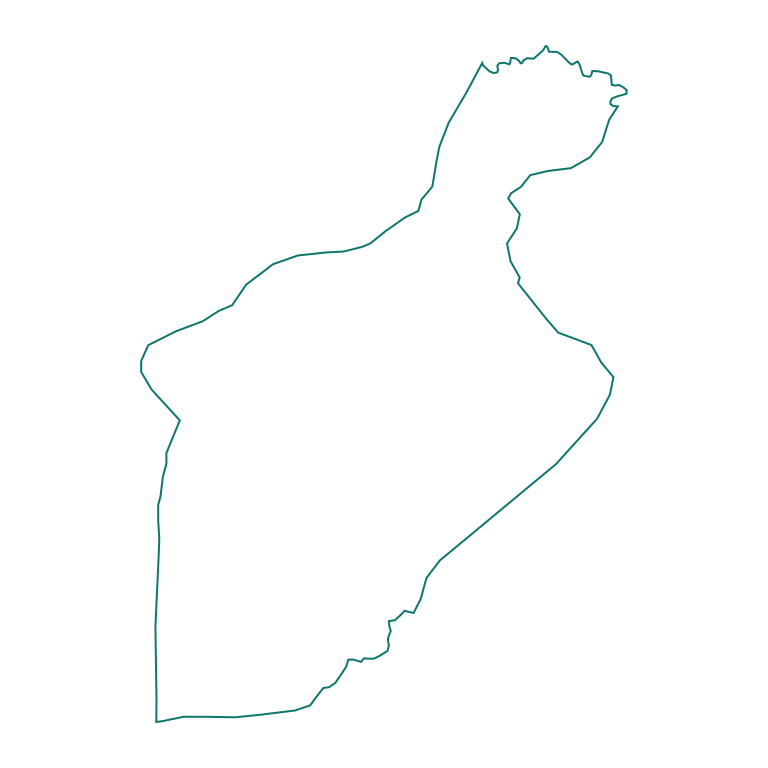 Gbao, Grand Gedeh, Liberia (Albers equal-area conic projection)
{"feature_id": "62588387B49218131763508", "entity_name": "Gbao", "entity_type": "district", "adm_level": 2, "iso_a3": "LBR", "parent_name": "Liberia", "parent_adm1": "Grand Gedeh", "projection": "albers", "projection_center": [-8.462, 6.068], "detail": "fine", "context": "isolated", "style": "outline", "palette": "teal", "viewbox_px": 768, "rotation_deg": 0, "n_neighbors": 0, "source": "geoboundaries", "source_scale": "gbopen_adm2", "svg_char_len": 2341}
<svg xmlns="http://www.w3.org/2000/svg" viewBox="0 0 768 768"><path d="M371.5,242.5L370.5,243.3L362.3,246.8L343.7,251.5L324.0,252.6L319.3,253.2L297.8,255.5L275.3,263.4L272.9,264.3L257.4,276.1L246.1,284.7L232.2,305.2L228.9,306.6L221.8,309.6L219.1,310.7L202.8,321.2L196.2,323.7L176.1,331.2L148.2,345.2L141.2,360.9L141.2,363.6L141.2,372.1L151.6,389.6L176.9,417.2L179.8,420.3L166.4,453.1L166.4,463.6L162.9,476.5L160.5,496.3L158.2,505.1L158.2,510.4L158.2,520.9L159.3,538.4L158.7,554.8L158.5,559.9L156.0,613.7L155.4,627.0L156.5,699.0L156.3,721.9L161.6,721.3L183.5,716.8L188.0,716.7L189.3,716.8L208.8,716.8L211.7,716.9L235.4,717.3L261.8,714.6L267.9,713.8L295.0,710.5L310.1,705.4L314.1,700.0L315.1,698.5L315.6,697.9L317.8,695.1L323.3,688.0L329.2,687.1L335.2,683.0L341.6,673.8L343.6,670.7L346.1,666.9L348.4,659.6L349.5,659.6L353.4,659.6L361.1,661.9L363.9,658.4L365.0,658.4L368.0,658.7L373.9,658.7L379.5,655.9L384.3,652.9L387.5,650.9L388.9,645.4L388.1,641.3L388.0,638.1L389.4,634.4L390.8,630.8L390.3,629.5L389.4,626.6L388.9,621.1L393.0,620.5L394.9,620.2L397.3,618.0L399.9,615.7L404.7,610.8L408.1,611.7L413.6,613.0L420.7,598.9L423.9,587.3L426.5,577.9L435.3,566.4L439.9,560.4L499.7,510.8L556.1,464.0L597.1,418.7L609.9,394.7L613.4,377.2L601.3,362.6L591.4,345.0L558.3,332.7L546.4,319.0L518.0,283.3L519.7,277.4L510.8,261.7L510.5,261.0L507.0,243.5L516.9,228.3L519.8,214.2L514.6,207.2L508.2,198.4L511.1,193.2L521.0,186.8L530.3,175.1L547.7,171.0L568.8,168.4L571.0,168.1L589.9,157.3L596.1,149.5L602.1,142.1L609.1,119.9L617.8,106.4L613.4,106.1L610.3,103.9L610.5,101.3L612.1,98.4L618.0,96.1L626.3,93.9L626.8,90.3L623.6,87.5L618.8,84.9L615.6,85.6L611.8,84.9L611.7,83.6L610.9,75.3L608.2,73.5L597.6,71.2L592.3,71.0L591.5,74.3L590.2,76.6L588.1,76.6L583.2,75.4L581.3,70.2L579.6,64.6L577.7,61.5L576.5,62.1L572.1,64.6L569.4,62.9L561.4,54.7L557.0,51.9L551.8,51.8L548.8,51.6L548.2,49.0L546.7,46.2L545.6,46.1L543.2,50.3L537.5,55.3L533.6,58.7L527.0,58.2L523.1,60.8L522.6,62.6L520.7,63.3L519.0,60.8L515.8,58.4L512.5,58.0L511.0,58.0L510.4,60.2L510.4,62.5L509.4,64.3L504.4,62.8L499.1,63.3L497.3,65.7L498.0,69.7L497.2,72.3L493.9,73.1L489.7,71.5L483.1,65.4L482.2,63.0L466.2,92.9L448.7,122.7L439.4,146.6L436.5,161.2L432.4,186.4L426.7,193.4L423.0,197.8L421.5,199.6L418.4,210.9L404.8,217.6L386.5,230.5L385.6,231.1L371.5,242.5Z" fill="none" stroke="#0f766e" stroke-width="2"/></svg>